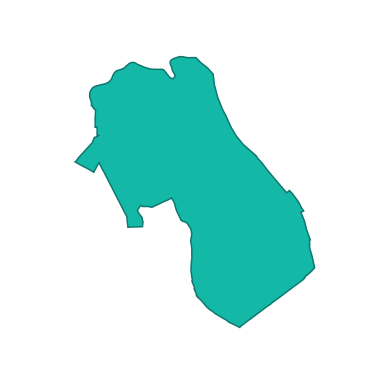 the district of Chirnogi, Calarasi, Romania, rotated 245°
{"feature_id": "2599482B29900557308409", "entity_name": "Chirnogi", "entity_type": "district", "adm_level": 2, "iso_a3": "ROU", "parent_name": "Romania", "parent_adm1": "Calarasi", "projection": "mercator", "projection_center": [26.509, 44.098], "detail": "fine", "context": "isolated", "style": "filled", "palette": "teal", "viewbox_px": 384, "rotation_deg": 245, "n_neighbors": 0, "source": "geoboundaries", "source_scale": "gbopen_adm2", "svg_char_len": 5125}
<svg xmlns="http://www.w3.org/2000/svg" viewBox="0 0 384 384"><g transform="rotate(245 192 192)"><path d="M49.7,179.1L49.9,179.3L49.8,179.5L49.9,180.3L50.5,183.1L50.7,184.0L50.9,184.9L51.8,188.8L52.1,190.8L52.5,192.8L53.6,197.8L54.6,202.6L55.3,206.0L55.9,208.8L56.5,211.4L56.8,213.3L57.0,215.0L57.1,215.9L57.5,216.5L59.9,228.5L61.4,235.4L62.2,239.2L62.8,242.1L64.2,248.8L64.5,250.5L64.8,252.2L65.4,254.5L65.4,255.1L65.5,255.5L66.3,257.4L66.4,257.8L66.7,257.7L67.0,257.6L68.2,260.8L67.9,260.9L69.6,266.5L70.5,268.8L71.5,271.1L79.5,272.9L81.1,273.2L81.4,273.2L81.9,273.4L84.2,273.9L91.6,275.0L96.3,277.2L96.7,277.3L98.7,278.3L98.6,279.0L108.7,279.8L118.5,281.7L127.5,282.0L127.6,285.2L128.5,285.0L128.8,285.0L129.0,285.0L131.0,284.6L138.4,284.3L148.6,282.2L152.2,280.9L151.3,277.5L160.4,274.9L160.7,274.8L165.8,273.4L168.6,272.6L180.8,269.4L188.8,267.7L192.6,266.5L192.8,266.4L193.2,266.3L196.6,265.2L196.8,265.7L200.2,264.4L204.3,262.5L213.6,258.5L223.7,255.9L224.6,255.7L225.0,255.7L233.4,254.8L246.8,254.9L253.5,254.6L256.7,254.7L257.1,254.8L257.3,254.7L259.7,254.9L267.0,255.3L279.6,257.6L287.3,260.1L288.8,260.6L289.2,260.7L289.4,260.8L289.9,261.0L297.9,258.5L305.7,254.6L312.1,252.4L313.0,250.6L313.9,248.5L315.7,244.5L317.7,241.9L319.1,239.8L319.8,238.1L320.2,236.5L320.4,234.2L320.6,232.3L320.6,229.7L320.0,228.2L319.6,227.5L319.1,227.1L317.7,226.6L316.8,226.3L315.6,226.3L313.7,226.3L311.4,225.7L310.0,225.6L308.7,225.7L307.4,225.8L306.3,226.0L305.6,225.9L305.0,225.8L304.4,225.4L303.9,225.0L303.3,224.1L302.9,223.0L302.9,222.5L303.1,222.0L303.7,221.3L304.7,220.7L306.0,220.1L307.4,219.7L309.5,219.3L311.3,218.9L312.5,218.5L314.1,218.2L315.0,217.6L315.7,217.0L316.6,215.1L317.6,212.8L319.5,209.0L321.2,206.1L323.4,203.5L325.5,201.3L330.6,196.7L332.9,195.1L334.3,193.6L334.9,191.9L335.0,189.4L334.2,186.6L333.0,182.8L333.0,180.2L333.2,178.4L333.7,175.5L333.5,173.7L332.2,170.9L330.9,169.4L328.4,166.8L327.4,164.7L326.8,162.9L326.7,161.2L326.8,159.4L326.9,158.1L327.4,156.3L327.9,153.8L328.7,149.3L328.7,147.8L328.4,146.0L327.0,143.4L325.2,141.4L322.5,139.9L320.6,139.2L317.5,139.0L317.0,138.9L315.7,138.6L315.4,138.6L314.5,138.2L313.1,137.5L312.7,137.2L312.3,137.7L312.0,138.3L311.5,138.1L311.0,138.0L310.8,138.0L310.6,138.1L310.2,138.2L310.0,138.3L309.7,138.3L309.5,138.2L309.4,138.2L309.2,138.1L307.2,139.3L303.9,137.6L303.4,137.3L301.8,136.5L301.4,136.3L301.2,136.2L300.6,135.9L300.2,135.6L299.7,135.3L299.3,135.1L298.2,134.5L298.0,134.8L291.6,131.5L290.7,133.3L289.4,132.7L283.7,130.0L283.4,130.6L283.1,131.1L282.7,131.4L282.4,130.2L282.5,128.0L282.6,126.7L282.5,126.2L282.2,125.9L278.9,122.5L278.6,121.9L276.2,116.1L274.5,112.0L272.4,106.8L270.8,103.1L270.1,102.1L269.5,100.9L269.3,100.6L268.9,99.9L268.7,99.4L268.7,99.1L268.7,98.8L267.7,99.5L267.0,100.0L265.9,100.7L265.0,101.4L262.6,103.1L260.3,104.9L257.6,107.0L256.0,108.2L254.4,109.2L251.7,111.1L251.4,111.3L251.5,111.4L252.9,113.2L254.0,114.8L255.2,116.4L257.8,120.1L257.4,120.1L256.9,120.2L255.4,120.3L255.0,120.2L254.5,120.2L253.7,120.2L252.6,120.3L251.8,120.3L250.6,120.4L249.2,120.5L247.7,120.6L246.7,120.6L245.1,120.7L244.0,120.7L242.0,120.8L239.8,120.9L239.1,120.9L238.1,120.9L237.1,120.9L236.2,121.0L233.2,121.1L231.9,121.2L228.9,121.3L224.8,121.4L211.0,122.0L201.3,122.3L198.2,122.5L197.3,122.6L197.1,122.5L193.2,121.1L192.8,120.9L189.1,119.7L187.2,119.0L185.9,122.0L185.3,123.6L185.1,124.0L184.6,125.2L184.5,125.5L184.3,125.9L184.2,126.1L184.0,126.4L183.9,126.7L183.2,128.5L183.0,129.0L182.0,131.2L181.7,132.0L181.5,132.5L185.9,135.1L186.0,135.0L186.7,135.1L187.5,135.2L188.4,135.5L189.0,135.6L189.6,135.9L189.8,135.9L190.2,135.9L191.1,135.8L191.7,135.6L192.2,135.4L192.4,135.3L192.6,135.3L193.2,135.3L193.5,135.2L194.0,135.1L194.5,135.0L194.9,134.9L195.3,134.8L195.8,134.8L196.7,134.8L197.4,134.8L197.5,134.8L198.1,134.5L198.3,134.5L199.3,136.1L201.0,139.0L201.4,139.8L201.0,140.3L200.6,140.5L200.2,140.8L200.0,141.0L199.7,141.2L199.6,141.4L198.8,143.1L197.6,145.9L195.1,149.1L195.1,154.5L195.1,158.6L195.2,161.9L195.1,165.3L195.0,166.3L195.0,166.6L195.1,170.1L195.1,171.1L194.0,171.0L190.5,171.5L182.7,170.2L181.2,170.1L175.3,170.1L173.5,170.2L171.4,170.0L171.1,170.1L171.1,170.3L169.6,171.0L169.3,171.2L167.9,173.0L167.6,173.2L165.7,174.4L159.2,175.3L156.1,174.7L153.5,173.7L152.8,173.3L150.9,171.9L149.6,171.0L147.9,170.0L145.9,169.5L143.1,168.6L141.0,168.0L138.6,166.9L137.2,166.2L134.9,165.2L133.9,164.8L133.1,164.4L132.4,164.1L131.3,163.4L130.4,162.8L121.7,158.0L120.3,157.6L113.4,155.4L111.8,155.3L111.5,154.3L108.9,154.1L106.3,154.0L105.5,153.9L103.2,153.6L103.3,153.0L102.4,152.9L99.9,152.9L99.4,152.9L97.8,152.9L97.3,152.6L96.3,152.7L96.3,152.3L95.3,152.4L95.3,152.7L94.0,152.8L93.9,152.8L93.9,153.2L93.1,153.3L90.2,154.3L89.1,154.7L86.3,155.5L86.1,155.6L85.4,155.8L84.0,156.0L83.6,156.1L83.2,156.4L81.8,156.7L81.4,156.8L77.0,158.8L76.5,159.2L76.0,159.6L75.7,159.8L75.1,160.2L74.7,160.4L74.4,160.4L73.6,160.8L72.7,161.3L71.5,161.9L71.3,162.1L70.3,162.8L65.6,166.0L64.8,166.5L61.9,168.6L60.7,169.3L59.2,170.0L57.6,171.0L57.3,171.4L55.9,172.6L49.0,178.1L49.4,178.6L49.7,179.1Z" fill="#14b8a6" stroke="#0f766e" stroke-width="1.5"/></g></svg>